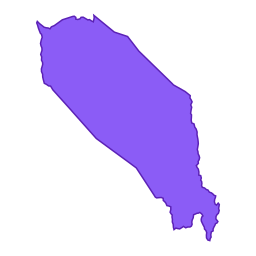 Planalto, Bahia, Brazil (Natural Earth projection)
{"feature_id": "56859067B84757283286079", "entity_name": "Planalto", "entity_type": "district", "adm_level": 2, "iso_a3": "BRA", "parent_name": "Brazil", "parent_adm1": "Bahia", "projection": "natural_earth1", "projection_center": [-40.414, -14.737], "detail": "fine", "context": "isolated", "style": "filled", "palette": "violet", "viewbox_px": 256, "rotation_deg": 0, "n_neighbors": 0, "source": "geoboundaries", "source_scale": "gbopen_adm2", "svg_char_len": 2462}
<svg xmlns="http://www.w3.org/2000/svg" viewBox="0 0 256 256"><path d="M52.9,89.9L68.3,107.0L69.9,108.8L73.7,113.1L96.3,138.5L111.4,149.6L128.5,162.1L136.3,167.9L154.0,195.0L155.3,197.1L156.7,197.9L158.5,197.7L161.3,197.5L163.2,198.3L163.3,200.5L164.7,201.7L165.9,203.2L166.9,205.6L168.8,206.0L170.8,206.8L170.8,209.6L170.1,212.2L171.1,213.8L172.2,215.1L172.0,217.0L172.4,219.3L172.3,222.0L173.2,224.3L173.4,227.3L174.0,229.6L175.9,228.1L177.8,228.6L179.7,228.9L181.8,227.6L183.5,226.4L185.7,227.8L187.7,227.0L190.0,227.0L191.4,226.1L192.1,224.3L191.8,222.1L192.2,220.0L193.2,217.8L193.6,214.7L195.2,214.1L196.9,213.3L198.5,213.1L199.8,212.4L201.7,213.9L202.9,215.9L201.8,217.0L201.2,219.2L201.3,221.0L202.1,222.8L203.2,225.1L204.3,227.1L204.5,229.0L205.9,230.5L206.7,232.6L206.4,235.0L206.5,237.9L207.8,240.0L209.8,240.6L210.2,238.6L211.1,237.1L210.8,234.9L211.3,231.9L213.1,230.9L213.1,229.0L213.9,227.1L214.9,225.3L215.5,223.7L217.1,222.9L217.9,221.5L216.9,220.2L215.9,218.9L216.0,216.5L217.0,214.6L218.4,213.3L219.2,210.5L218.6,208.3L219.0,206.4L219.3,204.5L218.2,203.1L216.5,205.1L215.1,204.1L214.4,201.7L214.7,199.2L215.4,197.5L215.7,195.9L214.0,195.2L212.7,193.8L211.3,192.8L209.4,192.2L207.9,190.0L206.4,189.6L204.6,188.0L202.3,187.3L201.6,185.7L201.9,183.4L201.6,181.4L200.7,180.2L201.3,178.0L200.7,175.6L198.8,175.1L198.9,172.0L198.3,169.1L197.1,167.5L196.3,165.6L197.4,164.5L198.4,163.3L198.1,161.5L199.1,159.8L199.6,157.7L199.1,155.8L198.1,153.7L198.0,151.8L197.3,149.6L197.8,146.8L198.3,143.7L198.1,141.2L197.8,138.8L197.4,136.8L197.0,134.7L197.1,132.0L196.2,129.1L194.8,127.2L194.0,123.9L191.7,122.9L191.2,120.1L191.4,117.7L191.5,114.8L190.6,113.5L190.9,111.4L191.2,109.5L191.7,107.2L190.7,104.9L192.1,101.9L191.1,99.8L190.0,98.1L190.2,95.6L185.1,91.5L173.4,84.9L172.1,83.5L138.9,51.2L128.8,38.1L127.6,36.5L114.3,32.1L93.9,15.4L94.2,17.5L93.9,19.2L93.3,21.8L91.2,20.8L89.6,19.6L87.8,19.9L85.8,18.7L83.2,17.2L81.1,17.3L80.0,18.8L77.8,19.5L75.8,19.1L75.8,17.4L74.2,16.2L72.5,16.5L62.3,19.8L61.1,20.7L54.3,25.6L51.4,26.8L50.0,28.8L48.2,28.0L46.2,27.8L44.1,27.2L41.7,25.3L39.4,23.5L37.3,21.4L36.7,22.9L37.6,25.2L38.3,27.8L39.4,30.8L40.4,33.3L41.5,34.3L42.2,37.2L41.4,39.6L40.5,43.5L41.0,45.7L41.9,47.9L42.0,50.3L41.3,52.5L40.7,54.5L41.7,56.9L41.5,60.2L42.5,62.2L42.7,64.2L42.3,65.9L41.4,68.9L41.5,71.6L42.6,74.2L42.7,77.0L43.3,79.6L43.8,81.4L44.3,83.3L46.5,84.4L48.6,85.9L50.6,86.1L52.9,89.9Z" fill="#8b5cf6" stroke="#5b21b6" stroke-width="1.5"/></svg>